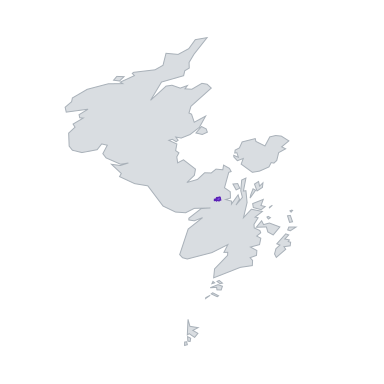 United Kingdom, with Glasgow highlighted, rotated 165°
{"feature_id": "GBR-2004", "entity_name": "Glasgow", "entity_type": "Unitary District (city)", "adm_level": 1, "iso_a3": "GBR", "parent_name": "United Kingdom", "parent_adm1": "", "projection": "robinson", "projection_center": [-4.241, 55.85], "detail": "fine", "context": "in_parent", "style": "filled", "palette": "violet", "viewbox_px": 384, "rotation_deg": 165, "n_neighbors": 0, "source": "natural_earth", "source_scale": "10m", "svg_char_len": 4333}
<svg xmlns="http://www.w3.org/2000/svg" viewBox="0 0 384 384"><g transform="rotate(165 192 192)"><path d="M208.3,291.3L189.6,301.0L183.7,300.3L176.5,295.4L168.9,296.0L172.1,293.5L165.6,291.3L154.3,294.4L149.5,292.2L146.5,287.4L170.8,275.1L174.5,269.1L172.3,267.3L171.8,258.8L159.2,261.8L168.2,252.5L179.1,248.0L188.5,246.9L193.5,249.3L192.0,245.6L194.2,244.7L197.4,248.0L201.0,247.9L194.2,242.3L197.1,236.2L194.5,233.2L197.6,229.9L198.3,223.9L191.9,225.3L182.7,213.2L185.4,207.5L194.5,202.5L183.5,202.7L174.8,207.3L168.5,205.4L162.9,207.9L156.5,205.5L154.5,209.8L149.7,205.1L148.9,201.6L151.4,201.5L159.5,187.7L155.0,182.4L156.4,176.2L161.5,176.0L156.1,172.9L157.0,170.1L148.2,177.3L148.1,172.5L152.9,168.0L144.7,173.8L144.6,180.5L140.9,190.7L136.3,191.5L142.1,179.6L139.6,179.3L141.5,167.6L148.9,153.9L139.1,160.0L129.1,155.0L137.6,151.4L134.8,150.0L140.5,144.7L141.2,141.2L136.4,137.2L136.2,134.8L140.9,132.7L137.5,129.5L140.4,123.7L149.8,123.7L144.5,118.7L146.1,114.1L152.9,113.5L151.2,110.2L152.8,105.3L164.8,106.7L193.3,103.5L190.1,111.9L174.0,121.6L173.1,124.5L176.8,125.4L171.0,131.9L188.5,128.3L213.9,128.5L218.2,131.0L220.1,134.7L205.3,157.2L188.4,164.5L197.3,163.6L202.3,165.8L201.8,167.5L187.4,173.6L178.3,171.8L194.0,175.6L203.5,173.6L213.1,176.9L223.6,185.9L233.1,209.4L245.2,214.9L258.0,225.6L255.5,228.2L262.6,239.6L254.3,236.1L245.9,236.5L253.8,237.3L266.2,247.2L268.2,252.1L261.7,259.1L266.8,261.8L272.7,257.4L288.2,258.6L296.7,263.3L298.8,268.1L295.9,280.8L288.2,284.9L289.3,288.4L277.9,291.6L281.2,292.7L281.1,295.9L271.0,298.9L292.8,301.7L292.6,306.7L284.9,310.4L283.2,313.8L266.7,318.3L244.9,318.2L230.9,314.6L232.8,316.7L217.5,319.3L219.0,322.0L217.4,322.7L196.1,319.6L187.2,321.9L181.2,332.7L169.8,328.5L158.0,331.3L149.4,338.3L137.5,337.2L154.4,324.6L161.3,317.9L162.6,312.4L167.6,311.0L170.0,306.5L193.0,306.1L208.3,291.3ZM130.6,227.4L117.1,227.2L117.2,224.3L109.6,217.6L102.6,225.1L96.6,224.9L91.3,222.9L85.2,216.3L93.7,212.4L90.4,209.5L98.1,207.6L102.0,200.5L105.4,198.7L107.9,199.9L111.2,196.3L121.3,194.7L128.6,195.4L137.3,206.2L133.8,211.1L140.1,210.5L142.5,215.0L142.2,216.6L138.2,213.6L138.5,218.3L140.6,218.6L139.5,221.3L134.8,222.3L130.6,227.4ZM128.3,110.8L125.6,115.5L120.8,118.0L123.5,120.0L112.3,127.3L109.7,125.5L114.5,122.6L110.4,120.5L111.9,119.2L109.7,118.0L111.1,114.6L117.3,115.4L116.3,112.4L127.5,107.0L128.3,110.8ZM129.1,133.8L129.2,139.0L139.0,141.3L132.2,146.2L131.3,142.0L125.3,142.0L116.2,135.5L124.7,129.5L129.1,133.8ZM227.1,50.9L231.4,55.9L233.5,55.2L228.8,70.0L228.8,62.8L221.2,59.4L227.0,58.1L222.9,53.9L227.1,50.9ZM136.4,165.1L125.1,166.4L128.9,161.1L125.1,159.0L129.7,157.0L136.8,161.1L136.4,165.1ZM167.2,244.9L172.9,248.0L165.9,252.8L162.0,249.3L161.7,245.8L167.2,244.9ZM128.9,176.2L129.6,183.5L125.0,184.9L125.2,180.2L121.1,182.5L122.8,178.2L128.9,176.2ZM193.2,91.0L192.9,93.5L199.2,94.8L190.9,95.8L187.0,93.1L189.2,89.8L193.2,91.0ZM150.4,189.1L145.7,188.3L144.9,183.3L148.8,182.6L150.4,189.1ZM238.8,320.3L234.7,323.1L227.8,321.0L233.3,318.0L238.8,320.3ZM132.2,179.3L130.1,177.2L137.5,171.1L135.9,174.2L132.2,179.3ZM107.1,129.1L109.4,130.6L107.5,133.1L100.6,131.2L107.1,129.1ZM105.9,144.3L103.1,143.9L102.6,137.2L105.6,137.4L105.9,144.3ZM233.7,53.4L231.1,51.1L232.5,48.1L234.6,49.0L233.7,53.4ZM199.8,88.6L198.1,89.3L193.2,84.9L194.7,84.3L199.8,88.6ZM191.0,99.2L188.6,99.5L186.2,96.1L188.7,96.2L191.0,99.2ZM238.9,45.7L237.9,49.0L236.0,48.7L236.0,45.7L238.9,45.7ZM206.0,86.4L201.2,87.5L206.4,85.6L206.0,86.4ZM126.1,148.4L124.7,148.7L122.9,146.9L125.2,146.1L126.1,148.4ZM196.5,98.3L194.9,100.2L193.6,98.4L196.5,98.3ZM120.7,157.5L117.8,158.4L121.7,156.4L120.7,157.5ZM102.3,148.4L100.4,148.7L99.6,148.2L101.5,146.9L102.3,148.4Z" fill="#d9dde1" stroke="#a8b0b8" stroke-width="1"/><path d="M166.4,178.0L166.4,177.8L166.4,177.3L166.5,176.9L166.9,177.0L167.2,177.1L167.4,177.1L167.7,177.1L167.9,176.9L168.0,176.6L168.5,176.7L168.9,177.1L169.4,177.3L169.9,177.3L170.2,177.3L170.5,177.2L170.5,177.3L171.0,177.7L171.4,177.9L171.8,177.9L172.2,177.9L172.4,178.0L172.1,178.6L172.1,179.0L171.6,179.0L170.7,178.9L170.1,178.9L169.8,179.0L169.7,179.1L169.9,179.5L169.9,179.8L169.6,180.1L169.1,180.1L168.9,179.9L168.5,179.6L168.1,179.7L167.7,179.8L167.1,179.9L166.7,179.9L166.3,179.6L166.3,179.2L166.3,178.8L166.4,178.3L166.4,178.0Z" fill="#8b5cf6" stroke="#5b21b6" stroke-width="1.5"/></g></svg>